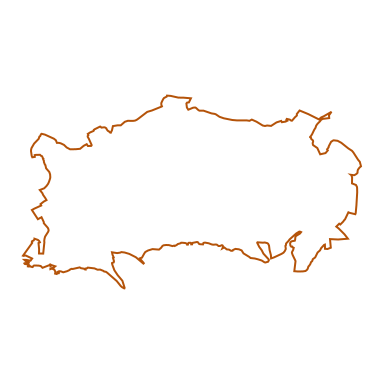 Livezeni, Mures, Romania
{"feature_id": "2599482B72473858292431", "entity_name": "Livezeni", "entity_type": "district", "adm_level": 2, "iso_a3": "ROU", "parent_name": "Romania", "parent_adm1": "Mures", "projection": "robinson", "projection_center": [24.65, 46.548], "detail": "fine", "context": "isolated", "style": "outline", "palette": "amber", "viewbox_px": 384, "rotation_deg": 0, "n_neighbors": 0, "source": "geoboundaries", "source_scale": "gbopen_adm2", "svg_char_len": 5935}
<svg xmlns="http://www.w3.org/2000/svg" viewBox="0 0 384 384"><path d="M271.1,258.4L274.0,257.4L281.5,253.9L283.5,252.7L284.9,250.9L285.8,248.9L285.4,245.9L285.9,245.2L286.1,243.5L288.7,240.7L289.5,239.5L296.3,233.4L299.3,231.6L300.5,231.8L301.1,232.1L299.9,233.6L296.1,235.9L295.6,236.6L295.3,237.5L295.2,239.3L294.8,240.7L292.0,241.2L291.0,241.7L290.4,242.5L290.1,243.3L290.4,245.6L291.3,246.7L292.3,246.6L292.7,247.4L293.7,247.8L293.2,249.8L292.0,252.1L291.9,252.8L292.6,254.9L295.4,260.7L295.5,261.4L294.3,271.2L298.1,271.5L302.8,271.4L305.5,271.0L306.9,269.9L307.7,268.8L308.4,266.5L309.3,265.6L310.4,263.9L311.0,262.2L312.2,261.1L312.8,259.2L315.2,257.4L317.6,252.5L320.0,250.4L321.1,248.2L324.1,244.9L324.9,244.6L325.0,248.8L327.5,249.0L330.8,247.7L330.0,239.1L338.1,239.5L347.9,238.7L344.4,234.2L338.6,228.4L336.3,226.6L339.2,223.7L340.3,224.5L343.4,221.4L343.9,220.5L345.0,219.4L348.4,212.3L349.8,212.9L355.3,214.2L355.7,213.1L356.4,205.6L357.2,192.3L357.1,188.0L357.0,187.0L356.0,185.0L352.0,183.4L352.1,177.4L351.4,175.2L350.9,174.8L353.9,175.2L354.5,175.1L356.5,173.9L357.5,172.8L357.6,170.9L358.0,169.6L359.5,167.6L361.0,166.3L359.8,161.8L358.1,159.8L353.4,152.5L352.0,150.8L348.3,148.4L341.3,142.8L337.6,140.8L333.7,140.3L333.1,140.5L331.1,141.8L329.1,145.6L328.6,146.7L328.6,147.4L327.1,149.3L327.8,150.4L325.5,153.1L320.2,154.3L317.3,148.0L313.1,145.1L312.7,143.7L312.7,142.9L313.1,141.8L313.1,141.0L312.9,140.4L311.2,138.9L311.0,137.8L310.1,137.2L310.1,136.9L310.9,136.1L312.1,134.2L314.2,129.8L315.5,127.8L316.2,125.6L317.5,123.8L320.0,121.3L321.0,119.9L322.6,118.9L329.2,118.1L329.0,115.3L331.5,111.8L323.7,116.3L321.2,117.4L318.9,119.4L308.3,114.1L299.6,110.5L296.8,114.0L296.9,115.4L296.6,115.8L295.0,117.2L292.0,120.7L291.3,120.7L289.8,119.6L286.8,118.9L286.3,119.9L287.2,120.8L285.6,121.6L281.9,122.2L281.2,120.9L276.5,122.4L271.1,125.9L267.1,125.5L265.0,126.0L262.7,125.5L256.5,121.7L251.8,119.6L249.5,120.8L246.7,120.4L237.0,120.4L232.3,120.0L223.8,118.3L219.5,116.8L215.8,114.3L214.7,113.9L211.5,113.4L203.6,110.7L199.5,110.7L198.4,110.1L195.9,107.8L195.1,107.5L193.1,107.7L188.3,109.7L186.9,107.5L186.4,103.5L187.1,102.6L188.9,102.4L190.9,98.3L183.8,97.7L178.3,97.6L170.7,95.9L167.0,95.6L166.7,96.6L164.0,98.0L163.2,99.1L161.9,101.7L161.3,103.1L161.3,103.8L161.4,105.2L162.0,106.3L161.8,106.5L151.9,110.5L147.2,111.9L138.6,118.5L136.6,119.9L135.0,120.6L132.9,120.9L127.8,120.8L124.8,121.8L120.8,125.3L117.8,125.3L112.9,126.1L112.0,130.2L110.8,132.7L110.0,132.5L108.7,131.2L107.8,130.8L106.7,129.3L106.3,128.3L104.9,127.4L104.1,127.3L101.4,127.6L100.4,126.6L100.0,126.6L94.6,129.3L93.8,129.9L93.8,130.6L93.4,131.0L90.2,132.4L87.8,133.9L88.4,135.1L87.7,136.0L87.7,136.8L88.8,138.7L91.6,144.9L91.6,145.4L91.2,145.9L87.9,146.0L86.7,144.2L83.7,145.8L80.1,148.8L75.8,149.2L70.1,149.3L66.7,147.5L64.0,144.9L60.7,143.3L59.1,142.9L56.9,142.9L55.9,140.3L53.9,138.7L44.9,134.6L41.6,133.8L40.9,134.4L40.2,136.1L39.4,136.6L38.7,138.8L34.1,143.6L31.5,148.1L31.1,149.6L31.0,151.1L31.7,155.9L32.3,157.3L34.8,156.9L34.7,155.1L35.8,154.9L40.0,154.8L41.0,155.8L41.9,156.1L42.7,157.5L42.9,158.6L43.4,158.8L43.3,159.7L43.9,160.8L43.9,162.0L44.9,164.6L45.4,165.1L46.1,168.3L49.3,172.0L50.1,174.4L50.3,177.2L50.1,178.5L49.0,181.8L48.1,183.8L46.5,186.0L44.2,188.3L39.8,190.0L42.4,193.2L43.1,194.9L45.2,197.9L46.5,200.1L43.9,201.5L40.5,204.1L41.2,205.5L34.2,208.7L31.9,210.0L37.9,219.2L41.5,217.2L43.8,222.1L43.8,223.2L47.8,227.8L48.4,229.1L48.6,230.5L48.2,231.7L45.1,236.6L44.5,238.8L44.2,241.1L44.4,242.0L43.2,253.6L39.0,253.5L39.1,249.2L38.5,243.0L39.9,242.3L39.2,241.0L37.9,239.9L34.5,238.7L34.5,239.2L33.5,240.6L32.3,241.0L31.9,241.6L31.8,242.3L32.2,242.9L23.0,255.7L23.7,255.9L24.9,255.5L25.7,255.5L32.1,258.5L30.5,260.7L26.3,259.9L24.4,259.9L25.6,261.0L28.8,262.2L28.9,262.7L28.6,262.9L27.3,262.5L26.5,263.1L25.0,263.1L24.4,263.4L24.7,263.9L28.1,264.6L28.2,265.4L27.9,266.4L28.3,266.5L29.4,265.4L29.6,265.6L29.2,266.4L31.3,266.7L32.2,267.1L32.7,267.0L33.4,265.9L34.1,265.5L38.4,265.6L40.7,266.0L42.5,267.8L49.5,265.1L49.9,264.5L50.3,264.4L50.6,264.6L50.2,265.3L50.4,266.0L50.8,266.0L51.5,265.2L51.8,265.2L55.2,266.3L53.5,267.7L50.4,268.4L50.4,269.1L51.9,268.6L54.3,269.6L55.4,271.8L55.1,273.6L56.7,274.0L57.0,273.4L58.8,273.2L58.9,272.6L57.8,271.9L58.5,271.4L59.7,271.2L61.3,271.5L63.2,272.3L67.1,271.2L69.6,270.0L70.3,269.3L71.8,268.8L72.6,269.0L79.7,267.4L81.0,268.2L84.2,268.7L84.6,269.3L85.3,269.5L85.6,269.5L85.5,268.8L85.7,268.5L87.2,268.2L87.8,267.6L94.5,268.4L97.5,269.7L100.2,269.6L103.4,270.9L104.1,271.5L105.9,271.8L107.2,272.7L116.7,281.0L120.8,286.1L122.1,287.2L124.2,288.4L124.4,288.4L124.6,287.8L122.4,280.8L117.7,275.2L114.4,270.3L112.4,264.9L112.0,263.3L112.1,262.9L113.7,262.4L114.0,261.2L113.0,257.9L113.7,257.5L112.5,254.7L112.0,252.3L117.1,253.1L120.3,252.6L121.3,252.1L124.6,252.5L129.3,253.9L135.8,257.2L143.4,263.6L143.8,263.2L143.3,262.5L140.9,259.8L140.0,258.3L142.0,257.6L144.2,253.6L145.3,252.0L148.0,250.5L152.5,249.1L159.0,249.6L161.1,247.8L162.5,245.9L163.6,245.3L166.1,245.0L168.9,245.1L172.5,246.1L174.2,245.6L174.7,246.0L176.7,245.0L177.7,244.1L180.7,243.2L181.0,242.8L181.7,242.7L185.1,243.0L187.0,243.7L187.1,244.6L187.9,244.6L188.2,243.3L188.8,242.8L190.6,242.8L191.1,243.3L191.2,244.3L192.1,244.3L192.5,242.9L197.0,242.0L197.8,242.2L199.2,244.0L200.0,244.2L203.0,244.4L203.5,242.9L205.0,242.6L208.8,243.3L211.6,244.4L213.1,244.7L215.9,244.5L216.9,244.7L218.5,246.0L219.9,246.0L221.9,245.2L222.5,245.4L222.8,245.7L223.0,247.0L222.4,248.4L224.2,247.4L226.8,249.4L229.0,249.6L231.1,250.8L232.6,250.7L233.0,250.0L235.4,248.9L238.9,249.3L241.6,250.4L243.5,253.4L249.4,257.0L250.5,258.0L254.8,258.5L257.9,259.3L261.7,260.5L264.5,262.3L265.4,262.5L268.1,261.7L268.9,260.1L268.6,259.3L263.4,253.6L261.7,250.2L259.3,247.0L257.2,242.8L257.5,242.3L262.9,242.7L264.8,242.5L267.2,243.1L268.1,243.7L269.0,245.5L269.6,250.1L270.9,255.1L271.1,258.4Z" fill="none" stroke="#b45309" stroke-width="2"/></svg>